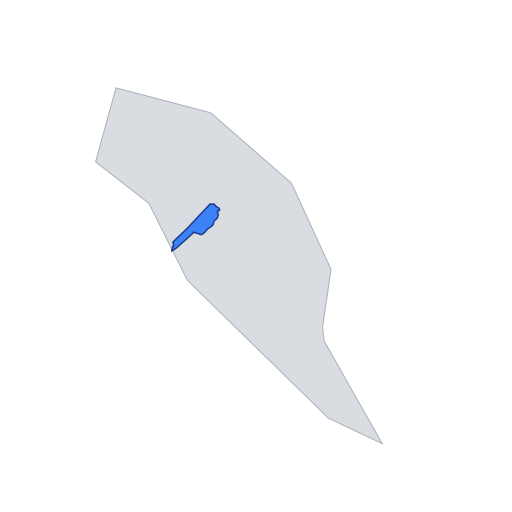 Ngeriungs, Ngeremlengui, Palau (highlighted), rotated 125°
{"feature_id": "81905179B87089550714781", "entity_name": "Ngeriungs", "entity_type": "district", "adm_level": 2, "iso_a3": "PLW", "parent_name": "Palau", "parent_adm1": "Ngeremlengui", "projection": "mercator", "projection_center": [134.606, 7.483], "detail": "fine", "context": "in_parent", "style": "filled", "palette": "blue", "viewbox_px": 512, "rotation_deg": 125, "n_neighbors": 0, "source": "geoboundaries", "source_scale": "gbopen_adm2", "svg_char_len": 1432}
<svg xmlns="http://www.w3.org/2000/svg" viewBox="0 0 512 512"><g transform="rotate(125 256 256)"><path d="M270.9,441.4L198.6,467.1L164.7,375.3L176.0,268.8L223.9,186.9L276.0,160.7L286.7,151.3L337.3,44.9L347.3,103.6L315.3,298.2L274.3,373.9L270.9,441.4Z" fill="#d9dde1" stroke="#a8b0b8" stroke-width="1"/><path d="M248.9,309.8L248.6,309.8L247.6,309.4L246.1,309.8L244.2,310.4L243.0,311.4L242.4,312.5L242.1,312.9L241.3,313.2L240.8,313.0L240.3,312.5L239.9,312.1L239.2,312.1L238.8,312.5L238.0,313.8L238.3,316.5L237.6,319.5L237.6,320.2L238.1,321.1L239.1,321.8L239.5,323.4L272.7,328.2L292.3,332.1L292.4,331.9L292.6,331.6L292.8,331.5L292.9,331.3L292.9,331.2L293.0,331.0L293.0,330.9L293.3,330.8L293.4,330.7L293.5,330.6L293.8,330.3L293.9,330.1L294.0,330.0L294.0,329.9L294.0,329.7L294.4,329.7L294.5,329.7L294.9,329.7L295.1,329.7L295.3,329.5L295.5,329.5L295.6,329.4L295.8,329.4L296.0,329.4L296.1,329.5L296.3,329.6L296.6,329.6L296.8,329.6L297.0,329.4L297.0,329.2L297.4,329.0L297.5,329.0L297.6,328.9L297.8,328.8L298.0,328.7L298.3,328.6L298.5,328.5L298.8,328.6L299.1,328.5L299.2,328.4L299.3,328.4L299.5,328.3L299.6,328.2L299.9,328.1L299.9,327.9L300.1,327.7L294.8,325.7L273.8,320.8L272.5,321.1L270.8,316.1L270.3,313.7L270.0,313.3L269.2,312.7L267.9,312.1L265.9,311.6L262.5,311.2L261.4,311.1L260.1,310.5L256.8,309.4L255.5,309.1L253.8,309.4L252.3,310.1L251.0,310.4L250.0,310.1L248.9,309.8Z" fill="#3b82f6" stroke="#1e3a8a" stroke-width="1.5"/></g></svg>